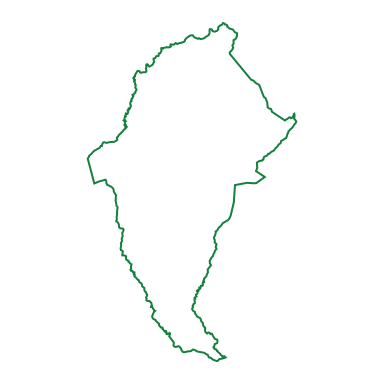 Balama, Cabo Delgado, Mozambique
{"feature_id": "85939544B22682737370097", "entity_name": "Balama", "entity_type": "district", "adm_level": 2, "iso_a3": "MOZ", "parent_name": "Mozambique", "parent_adm1": "Cabo Delgado", "projection": "orthographic", "projection_center": [38.406, -13.54], "detail": "fine", "context": "isolated", "style": "outline", "palette": "green", "viewbox_px": 384, "rotation_deg": 0, "n_neighbors": 0, "source": "geoboundaries", "source_scale": "gbopen_adm2", "svg_char_len": 5992}
<svg xmlns="http://www.w3.org/2000/svg" viewBox="0 0 384 384"><path d="M264.8,177.0L256.0,171.1L257.2,167.9L256.9,162.6L259.5,160.9L261.8,160.7L262.5,159.9L263.4,159.6L263.7,157.6L264.3,156.7L266.7,155.8L267.6,155.0L268.1,153.8L269.5,153.7L271.1,152.0L274.1,150.4L275.4,148.3L277.5,146.4L278.6,144.5L280.1,143.6L280.8,142.7L281.2,140.9L283.2,139.9L285.0,138.5L286.0,138.2L287.0,135.8L287.4,133.9L288.1,133.2L288.4,131.4L292.6,127.3L294.3,124.5L295.3,123.6L296.3,121.6L295.3,119.9L294.2,118.8L294.6,115.4L294.3,113.7L293.7,114.1L293.8,114.8L292.4,117.6L290.8,118.2L290.5,117.6L289.4,117.3L286.6,119.5L286.0,119.4L284.9,120.5L272.0,111.8L271.1,109.1L269.0,108.4L267.7,107.4L267.2,102.3L265.4,97.9L263.9,97.0L259.2,84.9L255.9,83.1L253.5,80.6L251.1,79.7L229.9,54.0L229.7,52.4L232.1,49.9L233.2,47.8L232.4,45.3L233.6,43.7L233.5,40.2L235.1,39.4L236.1,38.2L237.0,36.0L237.1,33.3L234.6,32.0L233.0,29.6L229.1,28.4L228.3,27.3L227.2,26.7L227.4,25.8L226.8,24.9L226.0,24.5L224.9,24.5L224.3,23.5L223.1,23.0L221.9,24.8L220.2,25.4L218.4,27.0L218.1,27.8L218.4,29.3L217.1,30.8L214.5,31.7L212.5,31.0L211.5,29.2L209.8,29.2L209.5,30.1L209.6,32.9L208.8,35.0L205.8,36.9L204.1,38.3L200.5,39.1L199.0,38.2L197.8,38.8L194.2,37.2L192.8,35.3L191.2,35.3L189.2,36.0L188.4,36.9L186.8,37.7L185.0,39.9L184.7,41.3L184.2,41.7L181.0,42.9L179.0,43.2L177.3,44.1L175.8,43.0L173.8,44.7L170.6,44.4L170.4,45.7L170.9,46.4L170.0,47.1L168.1,47.5L166.8,47.2L163.7,47.9L162.9,48.6L161.9,47.9L161.4,48.0L161.2,48.6L161.5,50.8L160.2,53.3L158.8,53.5L158.6,55.8L157.6,56.2L156.4,56.1L155.1,58.2L153.6,58.5L153.6,60.1L154.2,61.9L153.7,62.4L152.7,64.7L149.4,66.6L148.4,65.7L148.0,64.7L146.9,64.2L146.4,64.6L146.2,65.3L146.4,67.1L146.0,68.1L146.4,71.1L145.7,72.2L142.7,72.3L140.9,72.8L140.2,72.6L139.4,71.1L138.1,70.9L137.1,71.4L134.9,75.3L135.0,76.4L133.9,77.1L133.4,78.0L133.5,78.4L134.1,78.4L134.0,79.5L135.0,79.9L134.8,80.8L134.2,81.0L134.1,81.5L135.1,83.0L135.1,84.5L135.8,85.1L135.3,87.6L136.6,89.7L135.3,91.8L135.4,92.7L134.4,93.3L134.0,94.2L132.5,94.8L132.6,95.3L133.3,95.8L133.3,96.5L132.7,97.1L132.6,97.9L131.7,98.6L131.7,99.4L131.1,100.3L131.6,101.0L130.4,102.3L130.3,104.6L130.9,105.3L130.8,106.4L130.1,107.9L129.4,108.1L129.7,108.4L129.6,108.9L128.5,109.1L128.6,110.1L127.6,110.4L128.2,111.8L127.6,113.8L127.1,114.0L125.9,113.4L125.7,113.8L126.1,114.6L125.4,115.4L125.8,116.3L125.0,116.6L124.9,117.7L124.4,118.5L124.7,119.6L123.6,120.4L124.1,120.9L125.3,120.7L125.8,121.2L124.8,121.8L125.0,123.7L124.3,124.9L124.7,125.6L125.9,125.3L125.9,126.7L126.7,127.0L126.1,127.8L125.3,127.8L125.2,128.9L123.8,129.7L122.7,131.5L121.4,132.4L121.0,133.4L119.9,134.0L118.6,135.4L118.0,136.6L117.1,137.2L116.9,138.2L117.3,139.8L116.5,140.6L113.9,141.9L110.5,142.0L106.4,142.9L104.3,142.2L103.2,142.5L102.2,144.4L102.0,145.9L100.8,146.0L99.6,147.8L93.8,151.1L91.3,154.0L89.4,155.5L88.7,157.3L87.7,158.5L94.3,183.5L98.4,181.7L105.5,179.7L106.1,180.6L106.4,183.0L107.4,185.1L108.5,185.3L111.6,187.0L113.0,188.4L113.7,189.8L113.8,191.6L116.0,195.1L115.6,200.5L116.6,206.0L117.3,206.6L117.6,207.6L117.0,211.7L117.1,214.9L116.6,217.0L116.9,219.1L116.2,221.2L117.7,222.2L118.4,223.3L118.9,224.7L119.0,226.8L119.5,227.8L120.9,228.4L123.1,228.7L123.6,230.0L123.0,231.8L122.2,232.9L122.7,235.8L121.7,238.7L122.0,241.1L120.9,243.0L121.2,245.8L120.6,248.3L120.9,250.1L122.4,250.8L122.8,251.5L122.3,255.3L123.8,255.3L125.8,256.0L126.2,256.7L125.9,258.3L126.3,259.7L128.4,260.8L128.5,261.9L129.3,262.2L129.8,263.3L131.5,264.3L130.9,267.5L131.2,269.0L130.5,269.6L131.0,270.8L132.5,271.0L132.9,272.1L134.5,272.4L134.4,273.2L133.7,273.9L133.8,274.6L134.8,275.0L134.4,276.4L135.8,277.4L137.8,279.8L138.7,280.1L139.4,282.1L141.4,283.4L142.0,284.8L142.2,286.4L144.4,288.0L144.3,289.9L144.9,291.4L146.0,292.2L146.5,293.9L147.2,294.5L146.8,296.3L146.0,297.5L146.6,298.9L146.4,300.5L148.3,301.2L149.4,301.0L151.3,302.8L151.9,305.7L151.0,306.4L151.0,307.0L152.5,307.3L153.2,309.0L154.0,309.7L154.1,310.7L155.0,311.0L154.0,311.8L152.1,316.2L152.2,317.0L153.2,318.8L154.0,319.3L155.4,319.8L155.8,320.8L158.3,323.3L159.1,323.7L159.0,325.2L161.0,327.5L162.5,327.6L162.5,328.8L163.0,329.0L163.7,330.4L164.4,331.0L165.9,330.9L166.2,331.3L165.4,332.1L165.5,332.4L166.6,332.9L166.7,334.1L167.4,334.2L169.6,332.9L170.0,333.8L169.2,336.3L173.5,342.1L173.8,342.9L173.5,345.5L174.0,346.3L175.6,347.0L178.5,346.2L179.1,346.4L181.0,348.4L181.6,350.4L183.1,352.1L185.4,352.1L187.1,351.5L191.0,351.1L192.6,349.7L193.6,349.6L194.8,350.0L197.3,351.5L204.3,352.8L206.5,354.4L207.6,354.6L208.9,357.4L210.5,357.7L213.3,359.8L216.7,361.0L217.6,360.9L219.5,359.0L221.9,358.7L225.6,357.5L224.5,356.3L222.2,356.4L221.7,355.5L220.6,354.8L220.4,354.0L217.9,351.9L217.6,351.1L216.9,350.9L216.4,349.5L214.7,349.1L213.6,347.7L213.5,347.1L214.3,346.8L214.2,346.0L214.8,344.1L217.1,343.1L217.5,341.8L217.3,339.7L214.9,338.9L213.0,336.1L212.0,333.8L211.1,333.6L210.4,334.0L209.7,332.9L208.9,332.5L208.0,332.7L207.2,333.5L205.5,332.2L204.9,330.3L205.3,328.1L204.7,327.8L204.5,326.9L203.5,326.2L202.9,324.2L203.0,323.2L201.3,321.3L200.6,318.8L200.1,318.1L196.8,316.4L196.5,315.2L195.2,313.8L195.0,312.0L193.2,310.9L192.3,309.6L192.1,308.7L193.0,307.4L192.6,306.0L193.2,305.4L193.3,304.3L194.9,303.0L194.4,299.5L195.2,299.0L194.6,297.7L196.5,296.5L195.9,294.9L197.4,293.4L197.7,291.8L196.9,291.1L196.9,290.8L197.5,290.7L198.0,291.3L198.5,291.1L198.6,290.3L198.3,289.6L199.9,288.9L199.4,287.6L200.5,287.7L200.9,285.8L202.5,285.7L202.9,285.2L202.6,283.1L203.1,282.3L204.1,282.2L204.0,281.4L203.4,280.9L203.9,280.0L204.1,278.6L206.4,276.2L206.9,274.3L208.0,272.3L207.6,269.6L210.9,265.4L210.8,264.5L209.9,263.6L209.7,260.9L211.4,257.7L212.8,256.2L213.5,253.9L214.5,252.6L214.9,250.9L216.5,248.9L215.7,247.2L216.5,244.2L214.7,242.4L214.8,239.8L214.1,238.6L214.0,237.1L214.7,236.2L215.8,232.9L215.6,231.5L217.2,230.4L218.8,227.6L220.9,225.9L222.9,223.1L228.2,220.0L229.2,218.8L230.7,215.6L233.8,202.3L235.0,185.1L247.0,182.8L253.4,183.3L256.3,183.1L264.8,177.0Z" fill="none" stroke="#15803d" stroke-width="2"/></svg>